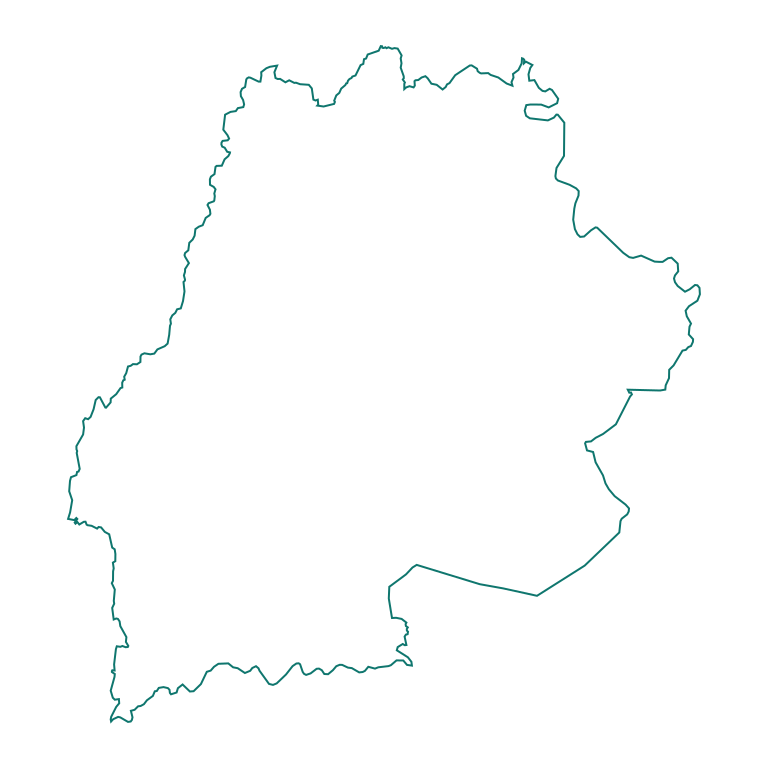 outline of Cuetzalan del Progreso, Puebla, Mexico
{"feature_id": "50627088B27452602729857", "entity_name": "Cuetzalan del Progreso", "entity_type": "district", "adm_level": 2, "iso_a3": "MEX", "parent_name": "Mexico", "parent_adm1": "Puebla", "projection": "robinson", "projection_center": [-97.512, 20.027], "detail": "fine", "context": "isolated", "style": "outline", "palette": "teal", "viewbox_px": 768, "rotation_deg": 0, "n_neighbors": 0, "source": "geoboundaries", "source_scale": "gbopen_adm2", "svg_char_len": 5974}
<svg xmlns="http://www.w3.org/2000/svg" viewBox="0 0 768 768"><path d="M83.1,421.1L84.0,427.6L83.1,434.5L76.4,446.2L76.5,449.4L77.2,451.1L76.7,452.9L79.7,468.9L78.5,471.6L77.1,471.9L76.4,475.1L71.0,477.2L70.0,480.9L69.2,491.3L72.2,500.2L70.1,512.4L68.1,518.9L74.3,520.1L76.3,518.0L77.3,519.0L74.7,522.6L75.5,523.7L77.4,522.1L79.3,524.5L83.8,521.8L85.5,521.7L86.6,524.6L87.5,525.2L91.6,525.8L97.1,528.6L98.6,527.0L101.1,527.4L104.8,531.9L109.2,534.3L112.2,547.6L114.7,549.3L115.4,554.0L115.3,561.2L112.9,562.6L113.7,568.4L113.1,571.3L113.0,580.8L111.8,583.2L114.8,589.5L113.8,600.9L114.2,603.7L112.2,607.9L113.7,619.5L116.2,618.5L117.9,618.9L119.6,621.4L120.3,626.1L126.4,637.1L125.9,641.9L128.3,645.9L127.8,647.0L125.6,647.2L122.4,646.0L120.4,646.8L116.8,646.3L115.9,649.2L114.1,664.4L114.6,670.5L112.3,670.3L111.9,671.1L111.9,672.0L114.8,674.0L114.5,676.9L110.7,690.7L112.8,697.7L114.8,699.7L118.9,699.1L119.2,703.3L116.2,706.9L111.2,716.8L110.7,719.4L111.1,721.5L113.2,719.2L118.1,716.9L120.3,717.4L128.0,721.9L130.7,721.5L131.9,719.9L132.5,717.3L130.9,710.8L134.6,709.8L138.1,706.3L140.6,706.0L143.9,704.2L146.9,700.3L152.9,695.9L154.8,691.3L156.8,691.0L158.8,687.9L163.5,687.1L167.9,688.1L169.5,689.8L169.9,692.9L171.0,694.3L176.6,692.5L177.9,688.2L182.6,684.5L189.9,691.5L193.6,691.2L200.9,684.1L206.8,671.8L210.7,670.6L214.0,666.8L218.4,663.8L228.3,663.4L233.1,667.3L237.7,668.2L244.9,673.0L250.2,670.8L252.3,668.0L256.0,666.2L258.5,668.3L259.5,670.7L269.0,683.9L273.0,684.9L276.7,683.4L286.0,674.5L292.6,666.1L296.4,663.5L298.7,663.3L300.1,664.3L302.7,671.9L304.0,673.8L306.1,674.9L310.6,673.4L316.6,668.8L319.0,668.6L321.8,670.2L324.3,674.0L328.1,674.2L332.9,670.2L336.3,666.2L339.7,664.8L342.2,664.9L347.9,667.6L351.8,668.1L359.2,672.4L362.7,672.0L364.9,670.9L368.3,666.8L375.0,668.6L378.3,667.3L388.5,666.1L390.9,665.2L396.5,660.4L403.3,660.5L407.0,664.9L411.9,665.6L411.4,661.8L407.9,657.3L396.8,650.3L397.7,647.1L402.7,644.0L404.8,645.2L406.4,645.0L404.6,636.6L405.9,634.6L407.6,634.2L408.0,631.7L406.9,630.6L406.8,629.0L407.8,627.4L405.9,626.0L405.6,624.1L406.4,622.6L401.6,618.9L396.1,617.8L392.0,618.0L388.8,598.5L389.3,586.8L406.0,574.4L412.5,567.5L416.7,564.9L479.8,584.2L503.2,588.4L537.0,595.8L584.7,565.6L619.3,532.5L620.5,521.1L621.7,518.7L627.2,514.4L628.7,511.5L629.0,508.4L625.6,504.6L614.7,496.2L608.9,489.3L605.5,483.4L603.0,475.4L595.6,462.3L593.1,452.0L587.0,450.4L585.1,443.3L585.9,441.9L591.0,441.4L595.7,437.8L603.0,434.0L615.9,424.3L630.1,396.5L631.9,394.4L631.0,392.5L629.3,392.7L627.8,389.7L660.1,390.5L665.3,389.6L665.7,385.3L669.0,378.2L669.2,369.8L673.6,365.4L682.5,350.6L685.8,349.9L688.3,347.1L691.0,346.0L692.9,341.9L693.1,339.2L688.8,334.5L689.5,326.7L691.0,323.6L686.8,316.3L685.6,310.7L689.0,306.2L697.4,300.7L699.9,294.3L699.5,287.9L697.4,285.3L695.0,285.0L689.7,289.3L685.0,291.7L677.7,286.0L675.0,282.2L674.0,278.5L675.0,275.4L678.2,271.4L677.7,263.6L671.5,257.7L668.1,258.2L662.6,261.9L659.8,261.9L654.6,261.6L641.1,255.6L633.1,257.9L629.3,257.2L623.2,252.8L597.2,227.7L595.5,227.4L591.0,230.3L584.1,236.5L580.2,236.9L577.5,234.3L574.9,229.1L573.2,219.7L574.3,208.6L575.4,203.3L578.5,195.6L578.7,191.1L576.2,188.4L569.6,184.8L557.9,180.5L555.9,178.5L555.4,176.1L556.5,168.0L564.0,155.9L564.3,122.7L557.8,114.7L556.4,114.6L553.9,117.6L547.9,120.4L529.8,118.3L526.1,115.8L524.7,110.7L526.3,105.1L530.5,104.5L541.2,104.6L548.7,107.4L557.1,103.2L558.2,98.8L552.0,90.0L549.6,88.8L545.3,91.4L542.5,90.9L538.8,87.8L534.4,80.1L529.3,80.7L528.5,74.3L530.3,67.9L532.4,65.0L525.8,61.6L524.0,63.3L524.2,59.7L523.2,58.7L522.0,58.3L521.7,63.3L518.4,70.0L513.0,74.0L513.5,77.6L511.5,82.1L512.4,85.7L506.6,83.5L498.3,77.5L490.6,74.9L488.2,73.1L481.1,73.4L479.7,72.8L477.7,71.2L477.0,68.7L471.7,65.4L469.8,65.5L455.2,75.2L449.5,83.1L447.0,84.4L445.7,87.0L442.6,89.5L436.7,84.8L431.4,83.7L427.7,78.3L425.4,76.2L421.6,77.5L418.3,80.0L415.4,80.3L414.5,81.2L414.8,85.6L413.6,87.4L409.5,86.2L406.2,87.4L404.3,89.1L404.3,83.8L404.9,82.5L402.8,79.5L403.8,78.2L403.7,76.2L400.7,67.7L401.5,63.3L400.7,58.5L401.6,55.4L397.7,48.6L394.5,48.1L392.0,48.8L388.4,47.3L386.5,48.2L385.4,47.3L383.7,48.0L382.4,47.8L382.1,46.3L380.8,46.1L378.7,50.7L367.7,54.5L366.1,58.5L364.0,59.2L363.3,63.9L360.6,65.1L355.5,75.5L352.3,76.6L351.5,78.0L349.5,79.0L348.0,80.7L347.2,83.2L346.2,83.4L345.3,85.1L341.2,88.6L339.3,92.9L336.3,95.4L334.2,100.7L334.9,101.9L334.1,103.9L323.6,106.5L317.3,105.6L318.2,104.6L317.8,99.7L315.5,100.5L313.4,99.6L311.8,88.4L308.8,84.8L300.1,84.2L296.0,82.7L294.3,82.9L289.2,80.3L285.4,82.3L280.1,78.9L277.7,79.0L275.5,78.0L274.4,72.2L277.1,65.6L269.9,66.8L266.4,68.2L261.2,72.2L261.4,75.5L260.4,81.6L258.6,81.6L250.4,77.7L248.7,77.4L247.1,78.3L246.3,79.4L245.1,87.0L242.0,88.8L240.6,92.1L240.9,96.2L243.1,100.0L244.1,104.4L243.3,107.1L237.9,108.1L235.8,111.1L230.5,111.9L225.1,114.7L223.3,129.7L227.5,135.2L229.1,138.6L227.7,140.3L222.6,140.9L221.5,142.7L221.4,144.5L222.2,146.6L224.7,147.7L227.2,151.8L230.0,152.4L229.8,153.4L228.3,156.1L224.6,159.3L221.8,165.7L216.6,165.9L215.5,166.9L214.5,174.1L210.9,176.7L209.9,179.3L210.0,184.8L213.7,186.9L215.5,189.3L214.3,193.5L214.8,196.1L214.3,200.4L213.8,201.3L208.6,203.2L207.5,205.0L209.9,209.7L210.4,213.8L209.6,215.2L205.7,217.9L202.7,225.2L198.8,226.7L195.4,229.1L194.6,235.7L192.7,239.5L189.3,242.8L188.3,250.3L185.1,253.0L184.5,255.1L185.1,256.8L188.9,263.1L185.1,269.0L185.0,271.9L183.9,275.4L185.0,279.5L184.9,280.6L183.5,282.0L184.5,291.4L183.0,301.1L180.8,308.4L177.1,309.3L175.3,312.9L172.3,315.4L170.3,319.3L170.9,323.7L170.0,325.8L169.2,334.8L167.6,343.6L164.7,346.2L157.4,349.4L154.3,353.6L150.3,354.3L144.4,353.3L141.5,354.6L140.5,356.5L140.4,362.0L136.9,364.3L133.0,364.1L130.7,365.8L128.0,366.5L126.2,373.2L124.2,376.7L124.7,379.7L123.3,380.3L122.2,382.7L122.3,387.5L120.5,388.1L116.2,394.2L110.8,398.6L110.6,402.4L106.0,407.7L105.3,407.5L99.9,397.3L98.5,397.2L95.7,400.0L93.6,409.2L90.6,416.9L88.1,419.2L85.2,418.2L83.1,421.1Z" fill="none" stroke="#0f766e" stroke-width="2"/></svg>